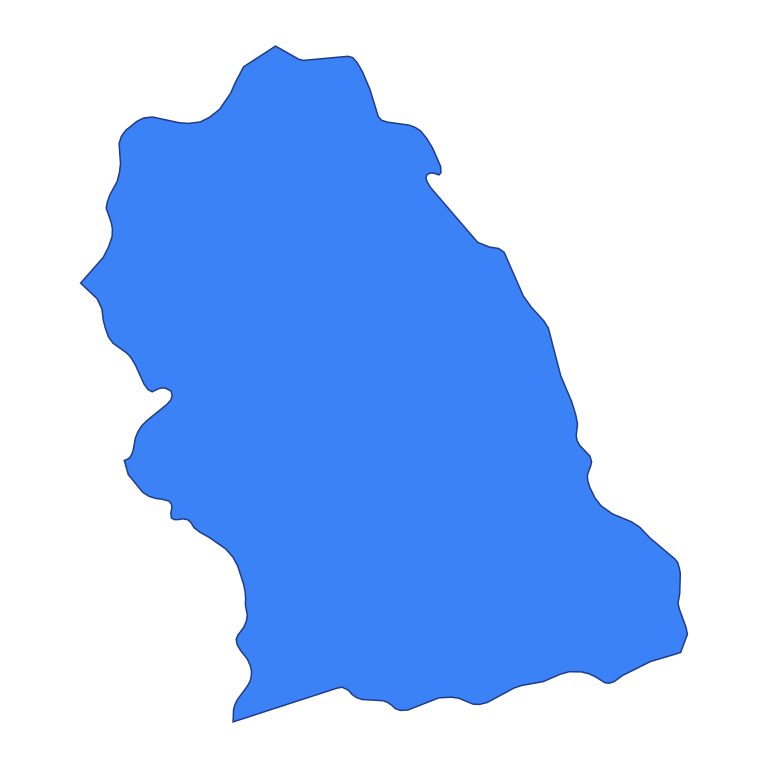 the County of Hunedoara
{"feature_id": "ROU-297", "entity_name": "Hunedoara", "entity_type": "County", "adm_level": 1, "iso_a3": "ROU", "parent_name": "Romania", "parent_adm1": "", "projection": "natural_earth1", "projection_center": [22.886, 45.787], "detail": "fine", "context": "isolated", "style": "filled", "palette": "blue", "viewbox_px": 768, "rotation_deg": 0, "n_neighbors": 0, "source": "natural_earth", "source_scale": "10m", "svg_char_len": 2423}
<svg xmlns="http://www.w3.org/2000/svg" viewBox="0 0 768 768"><path d="M680.6,652.5L650.3,661.6L622.5,675.5L614.0,681.7L609.2,683.2L604.8,682.7L596.0,677.1L589.2,673.8L581.5,671.9L569.2,671.7L560.0,674.3L543.2,681.6L521.6,685.5L513.9,688.1L487.2,702.5L479.5,704.4L473.3,704.2L458.5,698.1L451.3,697.2L439.0,697.8L407.9,710.0L400.4,710.4L395.4,708.7L391.8,705.3L387.5,702.4L383.0,700.7L362.2,699.5L356.3,697.5L351.9,694.3L348.4,690.2L342.1,687.2L336.8,688.2L233.1,721.9L233.5,710.1L234.6,705.6L237.0,700.2L247.5,685.9L250.2,680.9L251.3,676.2L251.5,671.2L250.2,665.5L247.3,659.0L240.7,650.7L237.2,644.8L236.2,639.3L237.8,635.3L243.9,627.1L246.4,620.9L247.3,615.1L245.4,604.8L245.6,598.1L245.1,591.3L243.5,584.0L237.7,565.9L233.0,557.2L225.5,548.8L209.4,537.5L200.0,532.3L194.0,527.6L191.0,522.7L187.9,519.8L182.9,518.8L178.3,519.6L174.2,519.6L171.4,517.9L170.8,513.0L171.8,508.4L171.5,504.1L169.0,501.1L161.9,499.2L156.2,498.5L149.2,496.4L142.7,492.3L128.3,474.6L124.3,460.5L128.3,458.8L130.1,457.1L132.1,453.7L133.3,449.5L135.4,437.9L137.8,432.0L141.7,425.8L147.4,420.2L166.9,404.4L171.0,399.7L172.2,395.1L170.9,391.0L165.5,388.2L162.0,387.9L158.2,388.8L152.2,391.8L148.1,389.7L144.2,384.4L135.1,364.4L130.4,356.8L126.4,352.8L113.1,343.3L108.5,337.0L105.3,327.9L103.3,320.3L101.9,308.9L97.1,298.7L80.6,283.1L103.3,257.3L108.7,246.6L112.1,236.5L112.4,229.0L111.3,222.7L106.2,208.1L107.3,202.0L110.1,194.4L117.1,181.6L119.5,172.3L120.5,163.7L119.1,143.4L121.3,136.6L125.7,130.4L137.0,121.3L143.7,118.0L152.4,117.0L179.5,122.8L188.6,123.4L200.4,121.9L209.4,117.4L219.6,109.3L230.7,93.1L235.0,83.2L243.6,66.8L275.5,46.1L299.0,59.4L303.5,60.4L347.9,56.3L352.7,57.6L357.3,62.8L362.5,71.9L369.9,89.3L378.3,116.7L381.5,120.2L387.4,122.1L409.4,125.2L415.1,127.4L420.5,130.8L426.7,138.4L432.6,148.1L440.6,166.4L441.0,172.6L438.9,174.9L435.4,173.6L431.8,172.9L428.7,173.5L426.7,175.3L425.9,178.0L427.3,182.1L430.6,187.6L477.6,242.3L489.2,247.0L498.8,248.5L504.2,252.4L523.2,295.8L531.3,307.2L544.0,321.1L548.4,328.3L560.7,375.7L571.6,401.5L575.7,414.7L577.5,423.9L576.2,435.5L577.1,440.7L579.7,445.4L590.0,456.2L591.6,461.9L590.6,466.2L588.8,470.8L587.3,475.5L587.8,480.8L589.7,487.1L594.9,497.8L600.8,505.6L612.3,513.9L631.3,521.7L639.6,527.1L650.1,538.1L674.5,558.7L677.7,562.5L679.4,568.6L680.3,573.3L679.7,593.9L678.0,603.2L679.3,608.9L686.1,627.6L687.4,634.4L680.6,652.5Z" fill="#3b82f6" stroke="#1e3a8a" stroke-width="1.5"/></svg>